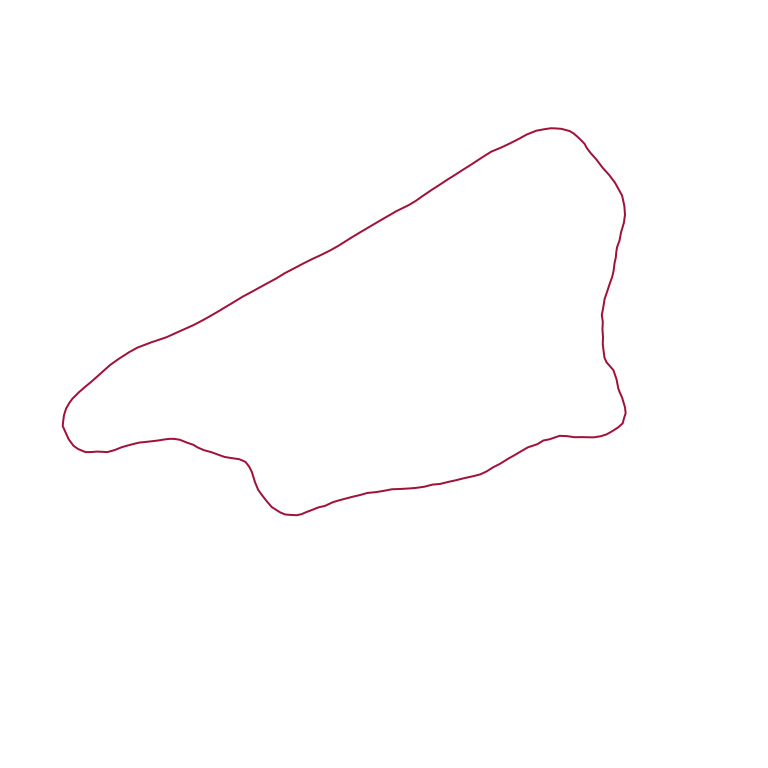 Mulaku, Maldives (Equal Earth projection), rotated 60°
{"feature_id": "70690204B6879359618468", "entity_name": "Mulaku", "entity_type": "district", "adm_level": 2, "iso_a3": "MDV", "parent_name": "Maldives", "parent_adm1": "", "projection": "equal_earth", "projection_center": [73.487, 2.962], "detail": "fine", "context": "isolated", "style": "outline", "palette": "rose", "viewbox_px": 768, "rotation_deg": 60, "n_neighbors": 0, "source": "geoboundaries", "source_scale": "gbopen_adm2", "svg_char_len": 2478}
<svg xmlns="http://www.w3.org/2000/svg" viewBox="0 0 768 768"><g transform="rotate(60 384 384)"><path d="M274.3,684.7L282.2,683.8L287.4,681.4L293.8,676.5L297.0,670.7L299.0,666.4L302.1,661.5L304.6,657.8L306.5,650.5L307.6,642.8L308.9,637.5L310.7,630.8L312.5,624.9L315.0,619.4L316.7,615.5L320.0,607.8L322.4,601.5L324.1,597.5L326.6,593.2L330.2,588.7L336.2,584.0L341.1,579.7L346.2,576.8L351.4,572.9L356.7,567.6L362.7,562.6L367.5,558.5L371.5,553.6L376.9,546.8L382.2,542.9L388.2,542.1L393.9,542.4L404.5,544.8L412.9,545.9L421.0,545.0L427.1,544.1L434.3,542.8L443.3,538.1L447.6,534.8L451.1,529.7L454.0,525.2L455.5,520.5L456.0,516.0L457.1,509.1L458.1,502.3L460.0,496.3L460.8,487.3L462.1,481.9L463.6,476.2L466.0,467.4L468.2,460.2L470.0,453.0L473.7,444.8L476.6,437.1L479.1,429.8L483.2,422.1L487.5,413.5L490.1,407.9L493.2,400.2L495.4,392.2L498.5,385.7L501.1,376.7L503.2,370.2L505.6,361.8L508.6,352.3L510.4,345.8L511.0,338.9L510.7,331.0L511.1,323.5L510.8,313.2L510.9,307.0L510.8,298.8L510.8,291.0L512.8,281.2L512.6,274.3L514.5,268.7L514.7,268.0L516.7,257.8L520.7,251.5L525.3,245.7L529.1,238.9L532.4,233.5L535.1,229.0L537.6,222.4L538.9,216.5L539.0,211.6L538.7,203.1L537.4,197.0L533.6,193.2L530.1,189.3L524.8,187.0L514.9,184.6L509.0,184.0L504.9,183.3L496.3,180.3L486.7,178.4L476.5,180.4L471.4,179.9L465.7,177.5L459.0,174.7L453.1,171.0L445.9,167.5L439.7,163.5L433.2,160.9L427.0,155.6L420.5,150.3L415.7,144.7L411.0,139.5L405.1,132.6L400.7,128.5L394.7,124.0L390.2,119.9L385.9,116.9L382.1,113.8L377.5,108.3L371.1,102.8L364.3,95.6L357.8,90.6L349.9,86.8L339.9,83.6L325.3,83.3L315.5,84.5L306.3,86.5L295.2,87.9L287.2,89.6L281.0,90.4L276.4,90.2L270.3,91.7L265.8,93.1L261.6,94.6L257.7,96.8L251.8,102.7L248.7,107.2L246.0,111.5L243.7,117.3L240.8,125.4L239.3,135.8L239.1,145.1L238.6,154.6L237.7,165.1L236.4,174.9L236.8,185.4L237.1,190.8L237.7,201.8L238.0,210.4L238.5,220.3L238.7,226.7L239.3,236.4L239.7,245.3L240.6,257.9L241.3,264.9L241.4,273.6L240.5,286.5L240.5,299.8L240.5,308.5L240.6,317.6L240.7,328.1L240.9,339.4L241.5,354.2L241.4,363.7L240.7,375.0L239.9,383.2L239.3,393.3L239.0,401.5L238.4,414.7L238.7,424.5L238.4,434.8L238.2,444.0L238.0,453.4L237.7,462.5L237.9,471.7L238.1,483.6L238.3,493.0L238.2,507.5L237.8,518.5L236.3,533.1L234.7,549.1L231.6,564.4L229.2,579.3L229.0,588.7L229.6,601.4L230.6,611.8L233.4,625.1L235.8,636.9L237.0,644.2L238.6,652.3L240.8,660.8L242.9,665.7L246.3,671.6L251.1,676.8L256.3,680.8L259.8,683.3L267.2,684.0L274.3,684.7Z" fill="none" stroke="#9f1239" stroke-width="2"/></g></svg>